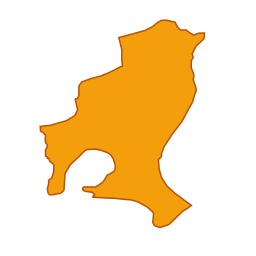 Jabal Ras, Al Hudaydah, Yemen (orthographic projection), rotated 83°
{"feature_id": "15242507B55114277387494", "entity_name": "Jabal Ras", "entity_type": "district", "adm_level": 2, "iso_a3": "YEM", "parent_name": "Yemen", "parent_adm1": "Al Hudaydah", "projection": "orthographic", "projection_center": [43.635, 14.03], "detail": "fine", "context": "isolated", "style": "filled", "palette": "amber", "viewbox_px": 256, "rotation_deg": 83, "n_neighbors": 0, "source": "geoboundaries", "source_scale": "gbopen_adm2", "svg_char_len": 3896}
<svg xmlns="http://www.w3.org/2000/svg" viewBox="0 0 256 256"><g transform="rotate(83 128 128)"><path d="M212.6,74.5L205.6,81.9L202.6,85.0L199.0,88.9L198.9,89.0L198.3,89.5L194.8,92.5L191.3,95.7L190.7,96.2L182.7,100.1L181.4,100.7L175.7,101.6L172.8,102.1L168.5,101.9L164.7,101.8L164.0,101.8L163.2,101.8L160.8,98.7L159.6,98.1L157.4,97.8L151.0,94.5L145.9,90.2L144.5,89.0L138.8,84.2L130.3,75.8L129.3,74.8L129.2,74.7L128.5,74.0L120.4,68.2L110.2,60.9L103.1,57.8L102.2,57.4L101.4,57.0L99.7,56.0L99.1,55.7L97.0,55.7L96.1,55.7L93.0,56.4L87.9,57.4L84.9,56.2L81.3,56.5L77.8,57.4L76.0,57.9L70.6,57.2L69.5,57.0L68.9,57.0L66.1,54.7L62.3,55.2L61.9,55.1L54.9,50.3L54.7,50.1L54.6,49.9L50.3,43.9L48.4,41.6L46.1,41.2L45.8,41.2L45.4,41.1L44.3,40.8L43.0,40.6L42.5,46.6L43.2,49.0L43.6,50.7L43.4,51.9L41.3,54.8L39.2,57.0L37.7,58.5L37.5,60.9L37.5,62.8L36.8,64.3L34.4,66.2L33.0,66.7L28.6,68.5L27.6,71.6L27.3,72.2L26.4,74.7L25.6,77.2L25.5,78.6L25.3,80.7L25.3,82.0L25.5,82.5L26.9,85.8L27.2,86.4L29.2,89.4L30.1,90.7L31.4,94.2L33.3,99.3L33.9,103.5L34.6,108.0L34.7,108.7L34.9,110.5L35.1,111.3L35.4,113.5L35.5,114.9L35.7,115.9L35.7,116.2L35.8,116.4L37.0,125.4L37.1,126.1L49.5,124.6L56.8,125.5L60.0,125.9L61.6,125.9L61.9,125.9L65.9,126.0L66.2,128.1L68.7,134.2L70.3,139.0L70.7,140.3L71.3,142.2L72.0,144.9L73.0,148.3L74.3,158.0L74.6,159.2L74.6,159.3L76.6,168.2L76.6,168.3L80.1,171.5L90.1,173.0L91.8,174.1L92.6,174.6L92.7,176.6L93.4,176.9L99.4,176.2L100.5,176.1L103.8,175.8L108.8,179.0L109.1,179.2L109.3,179.4L111.9,185.5L112.7,187.0L113.1,187.8L113.2,188.1L114.8,198.3L115.9,204.8L115.7,209.7L115.8,215.0L116.7,214.8L117.7,214.8L118.3,214.9L118.6,215.3L119.0,215.3L119.9,215.1L121.0,214.7L121.3,214.2L121.6,213.7L121.9,213.1L122.8,212.4L123.6,211.9L124.1,211.6L124.4,211.1L124.8,211.0L125.4,210.9L126.0,210.8L126.4,211.0L127.1,211.1L127.7,211.1L128.1,211.2L128.7,211.7L129.2,211.7L129.8,211.6L130.2,211.3L130.9,211.1L131.3,211.5L131.5,211.7L131.7,211.8L132.2,211.6L132.7,211.6L133.3,211.2L133.8,210.7L134.3,210.3L134.9,210.3L136.0,210.4L136.8,210.5L137.3,210.7L137.9,211.1L138.4,211.6L139.2,212.3L139.8,212.6L140.7,212.6L142.0,212.9L142.9,212.9L143.8,213.0L144.5,213.1L145.3,213.3L146.4,212.8L146.5,212.5L146.8,211.7L147.2,211.3L148.0,211.4L148.4,211.6L148.6,211.0L148.8,210.4L149.3,210.1L150.0,210.1L150.5,209.8L151.0,209.9L151.5,209.8L152.4,208.9L153.4,207.8L154.5,206.8L155.2,206.3L155.7,206.1L160.5,206.8L160.8,206.9L162.2,207.1L163.5,207.6L168.0,209.6L169.9,212.8L175.4,214.1L175.8,214.4L177.9,215.3L179.7,215.4L180.8,215.4L182.8,215.2L183.4,215.0L184.5,214.1L184.9,213.6L185.0,212.5L185.1,210.3L184.9,209.0L184.8,208.4L184.7,207.7L184.7,205.3L184.8,204.1L183.9,201.5L182.0,199.2L177.5,198.3L170.1,196.9L165.7,196.1L164.7,195.3L164.5,195.2L157.6,190.0L153.5,184.4L150.6,180.4L146.4,175.0L145.6,173.9L145.1,173.0L144.4,172.1L144.4,170.5L144.6,168.2L145.0,163.1L145.2,162.6L145.6,161.2L146.6,157.9L148.1,155.0L150.1,151.2L150.7,150.1L153.1,148.1L156.8,146.4L157.2,146.3L163.1,145.2L166.8,145.7L167.8,146.0L168.9,146.9L169.7,148.1L170.5,150.1L171.2,151.0L171.6,151.9L171.7,153.1L172.1,154.1L172.9,155.0L175.2,156.6L176.8,157.8L178.6,159.6L180.3,162.8L180.7,163.7L181.2,164.2L181.8,165.8L182.3,166.5L182.6,167.5L182.1,171.3L181.2,178.7L181.5,179.9L182.7,180.3L183.1,180.3L183.6,180.4L184.8,179.5L185.8,177.8L187.5,171.1L190.1,169.2L190.9,170.2L191.2,170.8L191.8,171.3L192.3,171.3L192.5,171.3L192.6,171.0L192.6,170.7L192.5,170.2L192.4,169.7L192.6,169.2L193.3,167.1L194.0,162.4L195.0,157.6L195.7,151.9L195.9,151.1L196.1,150.0L196.9,146.8L197.9,142.3L198.6,139.1L198.8,138.5L199.0,137.6L199.5,134.6L199.5,134.3L202.5,127.2L205.3,123.3L207.0,121.0L208.3,119.2L208.6,118.7L213.5,114.4L214.3,113.8L214.7,113.4L216.4,113.1L218.8,113.6L222.8,114.5L225.0,114.9L228.2,113.6L230.7,108.5L229.1,100.5L229.0,100.4L228.8,99.2L223.4,92.0L223.3,91.8L217.0,83.4L215.5,79.9L212.6,74.5Z" fill="#f59e0b" stroke="#b45309" stroke-width="1.5"/></g></svg>